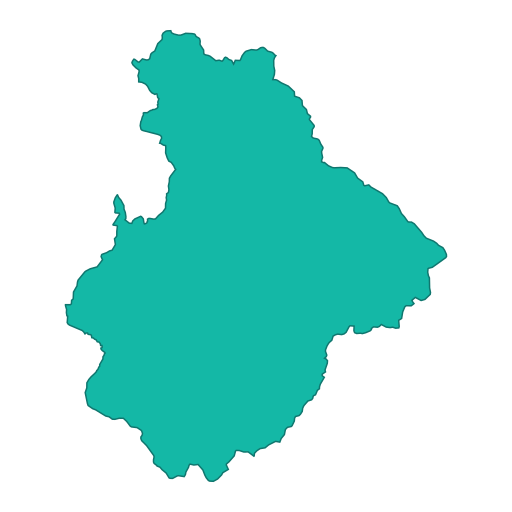 the district of Tuong Duong, Nghệ An, Vietnam
{"feature_id": "81297802B26083936626584", "entity_name": "Tuong Duong", "entity_type": "district", "adm_level": 2, "iso_a3": "VNM", "parent_name": "Vietnam", "parent_adm1": "Nghệ An", "projection": "robinson", "projection_center": [104.534, 19.32], "detail": "fine", "context": "isolated", "style": "filled", "palette": "teal", "viewbox_px": 512, "rotation_deg": 0, "n_neighbors": 0, "source": "geoboundaries", "source_scale": "gbopen_adm2", "svg_char_len": 5981}
<svg xmlns="http://www.w3.org/2000/svg" viewBox="0 0 512 512"><path d="M446.4,254.4L444.6,250.3L442.9,247.7L438.5,245.3L436.7,243.3L433.5,241.1L426.3,238.2L423.8,235.6L421.7,232.4L414.3,223.8L411.5,222.1L408.5,222.0L407.8,221.6L404.4,216.8L401.4,213.5L399.3,208.8L397.3,205.8L389.7,202.9L388.7,201.9L386.3,197.6L382.5,193.7L371.0,187.1L368.8,184.9L364.7,185.8L363.8,185.3L362.8,181.9L357.6,178.1L354.6,172.9L347.2,167.9L340.8,167.5L334.1,167.8L332.3,167.5L328.3,165.7L324.5,162.5L323.8,162.7L321.6,161.8L321.7,160.0L322.6,157.4L321.7,153.2L321.6,151.3L322.9,148.4L322.9,147.3L320.7,143.9L319.2,140.3L318.1,139.3L316.9,138.8L313.3,138.1L311.5,136.5L312.2,133.8L312.3,129.5L313.8,127.3L314.2,126.6L314.1,125.4L309.4,119.6L309.4,118.9L310.6,117.0L310.5,116.2L307.4,113.6L306.4,109.5L302.8,106.0L302.4,105.3L302.0,100.5L299.4,97.8L294.6,96.2L294.3,91.8L288.3,86.1L281.4,82.9L277.2,80.2L275.7,79.7L272.8,79.6L274.4,74.4L274.7,70.5L273.8,66.2L273.7,60.3L274.5,57.7L275.9,55.6L275.0,55.2L273.2,53.2L271.9,52.3L267.6,51.1L264.9,48.4L263.5,47.5L262.2,47.4L260.5,47.8L257.9,49.6L256.3,50.1L251.4,49.6L246.1,51.2L244.6,52.4L242.1,55.8L240.5,59.7L239.9,60.5L235.3,60.3L233.6,64.1L231.6,60.5L228.7,59.4L227.1,57.9L225.6,57.2L224.6,57.7L222.8,60.6L222.0,61.2L219.2,60.2L215.8,60.7L210.2,56.3L208.4,55.5L205.2,54.8L203.8,53.8L203.6,50.0L200.3,45.0L200.0,44.1L200.2,41.1L199.6,38.8L198.8,38.0L196.1,36.5L195.3,34.9L194.6,34.1L192.2,33.6L185.7,33.3L180.9,35.1L178.7,35.2L173.9,34.0L171.9,33.0L171.3,32.3L170.8,30.7L167.0,30.9L165.6,31.3L163.1,33.2L162.1,35.3L162.3,37.6L162.1,39.5L157.8,43.6L154.8,51.0L152.0,52.8L150.8,54.1L149.7,58.7L148.2,59.8L146.5,60.0L142.4,58.9L139.1,62.2L138.0,61.9L134.6,59.3L133.8,59.2L132.4,61.3L131.9,62.8L133.0,64.9L136.0,67.9L139.0,70.0L139.1,71.7L138.0,75.7L138.7,78.5L138.7,81.9L141.9,82.3L145.6,84.1L147.6,86.3L149.7,90.4L151.7,92.7L154.9,94.4L156.2,93.8L157.0,94.0L157.7,97.6L158.9,98.7L157.8,102.1L158.1,104.1L157.4,104.8L158.0,106.9L157.1,108.2L154.9,109.4L152.7,109.6L151.6,110.3L150.4,110.5L147.3,112.7L143.9,112.7L143.3,113.1L143.4,115.0L142.4,116.8L141.4,120.5L140.8,121.7L140.2,125.7L141.0,129.2L142.0,130.2L143.5,130.7L157.5,134.3L160.0,135.2L161.4,136.5L161.6,138.3L160.5,140.5L159.7,143.2L160.4,143.2L163.4,145.1L165.6,145.6L165.8,147.5L165.6,152.9L167.2,157.8L168.8,161.1L171.3,162.4L173.8,165.9L174.7,168.1L175.7,169.3L170.7,175.9L169.4,178.2L169.3,181.8L168.4,186.0L168.9,189.6L168.4,192.5L166.6,193.8L166.7,195.4L166.2,197.6L166.6,200.1L165.6,203.5L165.5,208.2L162.7,212.1L158.6,215.4L155.5,218.9L153.6,219.1L149.8,218.4L148.5,218.5L147.5,219.2L147.6,221.2L147.2,221.5L147.0,222.7L145.9,223.5L144.4,223.9L143.9,222.7L143.3,218.9L141.5,216.7L140.7,216.3L134.9,218.9L132.8,220.9L131.8,223.4L129.3,223.2L125.0,219.8L125.8,218.6L125.9,216.6L125.3,212.5L124.0,209.1L123.9,205.6L121.0,200.2L118.7,197.5L117.5,194.9L117.1,195.0L115.3,197.8L113.8,202.0L113.9,203.5L115.2,208.0L114.9,212.4L115.4,212.9L119.2,213.2L119.6,214.2L114.9,221.8L113.0,224.5L113.2,225.1L116.8,225.6L117.4,226.2L116.8,231.5L116.8,235.5L116.6,236.4L114.5,238.8L115.4,244.6L112.1,250.2L109.6,250.9L106.6,252.7L102.1,254.3L101.6,254.8L101.1,256.6L102.5,259.8L97.1,266.9L90.2,268.8L85.8,271.1L84.8,271.9L78.1,280.1L77.5,282.0L77.0,285.9L73.5,292.0L73.2,298.9L71.6,300.3L71.4,303.8L70.4,304.7L65.5,304.7L65.5,305.7L66.6,309.5L66.4,312.6L66.9,315.8L67.7,316.1L67.2,322.6L68.2,324.2L69.7,325.2L82.2,330.5L83.7,331.9L85.0,333.9L86.0,333.0L87.6,333.0L88.0,334.2L88.5,334.4L90.8,334.7L91.4,335.6L91.8,337.7L93.4,338.0L94.6,339.2L96.0,339.7L97.3,341.8L98.9,342.0L100.3,343.6L100.6,345.5L101.9,345.5L102.2,347.2L101.9,347.8L100.9,348.1L101.0,349.0L102.2,350.5L104.9,352.5L105.0,353.3L104.3,354.0L104.1,355.2L103.0,356.7L102.9,359.0L99.7,364.5L99.7,366.2L98.8,367.1L97.9,369.4L96.7,370.6L96.4,371.6L94.8,373.4L91.1,376.8L88.9,379.4L86.9,382.8L86.8,387.9L85.2,392.6L87.4,403.4L88.1,405.5L92.7,408.7L95.6,409.8L105.7,416.0L109.1,416.8L112.3,419.2L114.9,419.3L119.3,418.2L123.4,418.3L126.7,421.4L130.3,426.2L131.5,426.9L137.1,427.6L140.9,430.1L141.7,431.0L142.5,433.5L142.1,435.3L140.9,437.0L140.9,438.7L141.7,440.7L146.6,445.6L153.6,455.3L154.0,456.2L154.0,457.4L153.5,459.7L153.5,462.0L154.1,463.4L156.7,465.4L157.0,466.0L160.0,467.2L162.0,469.6L166.2,473.1L169.1,477.9L170.1,478.3L172.6,478.4L177.3,475.9L178.5,475.7L184.2,476.6L185.4,474.6L185.9,472.0L188.5,467.3L189.0,465.3L190.0,464.1L193.8,465.0L198.1,464.5L202.9,470.0L204.8,475.0L206.2,477.7L208.4,480.5L209.7,481.1L213.4,481.3L217.6,479.0L221.6,474.9L222.8,472.7L228.3,469.4L226.3,465.0L226.4,464.0L228.9,461.9L234.2,455.9L235.5,451.1L236.2,450.4L239.3,450.5L243.8,452.0L248.2,451.9L253.9,456.2L254.2,455.9L254.4,453.6L254.8,452.9L256.8,450.8L260.1,448.6L265.1,447.8L268.6,444.9L274.7,441.8L275.7,441.4L279.8,442.1L281.2,438.5L284.4,434.6L285.4,429.5L287.5,427.3L291.3,426.5L292.1,425.7L294.3,421.1L294.6,418.1L295.5,416.5L299.0,415.6L300.4,414.3L302.2,411.5L302.7,408.1L303.9,405.6L307.9,401.0L311.6,399.8L312.7,398.4L313.2,396.2L313.7,395.6L315.5,394.8L317.4,390.3L319.4,388.8L319.5,386.8L320.3,384.2L324.3,377.3L322.4,375.9L322.1,375.1L322.3,374.1L325.5,371.9L325.0,370.0L327.3,363.3L327.5,360.7L326.1,359.0L324.5,358.2L326.3,356.6L326.8,355.1L325.5,351.5L325.5,349.9L327.0,346.0L328.1,344.1L329.2,342.5L331.8,340.3L333.1,336.1L335.4,334.8L337.7,334.1L341.7,334.6L344.1,333.9L346.1,332.3L348.9,327.0L349.7,326.0L350.4,325.8L354.1,326.1L353.9,330.5L354.2,331.7L354.7,332.7L356.7,333.5L360.5,333.2L362.3,333.6L365.7,332.7L370.2,330.8L371.4,329.6L371.4,328.5L373.5,326.9L377.6,327.2L379.4,326.4L381.3,324.5L386.2,327.1L390.1,327.6L392.7,327.2L395.6,328.2L398.8,327.9L399.2,326.5L398.7,320.3L401.6,318.5L402.7,311.9L404.8,306.8L406.2,305.7L411.2,305.8L413.7,303.9L414.0,303.5L412.9,302.3L411.9,300.3L415.3,297.4L421.1,300.5L425.0,299.4L430.2,294.4L430.5,292.5L429.6,288.0L429.4,277.9L428.4,275.7L427.7,272.2L428.0,268.7L428.4,268.3L432.3,267.3L445.7,257.7L446.5,256.5L446.4,254.4Z" fill="#14b8a6" stroke="#0f766e" stroke-width="1.5"/></svg>